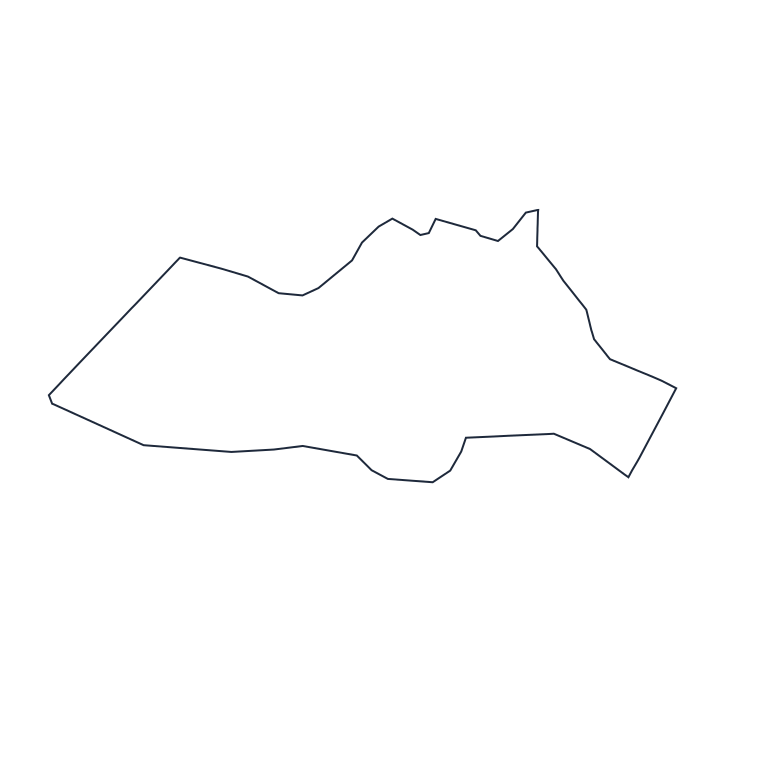 Wasat Jabal Marrah, Central Darfur, Sudan (Albers equal-area conic projection), rotated 311°
{"feature_id": "16777658B31401746790002", "entity_name": "Wasat Jabal Marrah", "entity_type": "district", "adm_level": 2, "iso_a3": "SDN", "parent_name": "Sudan", "parent_adm1": "Central Darfur", "projection": "albers", "projection_center": [24.33, 13.123], "detail": "fine", "context": "isolated", "style": "outline", "palette": "slate", "viewbox_px": 768, "rotation_deg": 311, "n_neighbors": 0, "source": "geoboundaries", "source_scale": "gbopen_adm2", "svg_char_len": 1750}
<svg xmlns="http://www.w3.org/2000/svg" viewBox="0 0 768 768"><g transform="rotate(311 384 384)"><path d="M474.0,629.6L474.5,629.5L481.5,627.9L491.3,626.1L495.8,625.2L544.6,613.9L572.5,607.3L572.3,606.4L568.6,591.4L567.8,588.8L565.7,582.2L560.2,565.9L557.4,557.4L553.4,545.5L552.7,543.3L552.3,542.3L551.8,540.6L551.2,538.9L551.0,538.3L551.3,536.5L551.7,534.2L552.0,532.7L552.2,531.9L552.4,530.6L552.9,528.0L554.2,520.9L554.5,519.2L554.6,518.7L554.8,517.5L555.3,515.1L555.6,513.2L559.3,507.4L560.0,506.3L560.4,505.5L561.9,503.4L563.0,501.8L565.1,498.9L567.7,495.2L571.6,489.7L572.8,487.9L574.0,481.8L574.7,477.8L575.1,475.6L575.6,473.0L577.5,463.0L578.2,459.2L578.4,458.1L579.6,451.6L581.3,445.7L581.5,445.1L583.5,438.3L583.7,436.9L585.4,426.7L586.2,422.0L587.2,416.1L587.3,415.7L587.4,414.7L587.9,412.0L588.1,410.5L588.3,409.2L590.5,407.4L592.2,406.0L594.7,403.9L600.6,399.1L601.4,398.4L602.1,397.8L605.6,395.0L609.2,392.0L610.3,391.1L612.5,389.3L614.7,387.5L616.2,386.4L616.5,386.2L615.9,385.6L606.4,378.6L585.5,379.6L566.7,376.2L559.1,359.6L560.2,352.4L542.5,314.7L527.3,318.8L520.3,313.7L519.3,304.4L514.3,281.8L499.3,276.7L476.3,274.6L456.3,278.8L413.4,271.6L397.4,264.4L383.4,244.9L375.8,210.8L364.3,185.5L345.9,147.8L345.6,147.2L344.9,147.1L344.5,147.0L343.2,147.0L337.7,146.7L332.7,146.5L280.5,144.1L277.3,143.9L276.0,143.8L264.6,143.3L237.0,142.0L200.5,140.3L188.9,139.8L177.8,139.3L169.5,139.0L155.7,138.4L151.4,146.5L152.0,148.1L153.6,153.5L177.4,233.6L180.1,242.7L232.6,313.4L262.3,343.9L283.9,363.3L312.2,410.4L310.8,431.2L314.9,449.2L341.8,485.2L362.1,490.8L383.7,486.6L397.2,481.1L416.5,501.4L426.5,511.8L454.0,540.8L457.9,544.8L470.1,582.2L473.5,624.8L474.0,629.5L474.0,629.6Z" fill="none" stroke="#1e293b" stroke-width="2"/></g></svg>